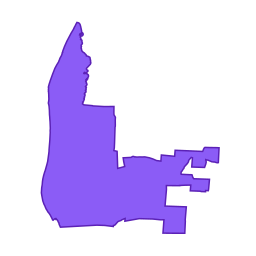 the district of Río Lagartos, Yucatán, Mexico, rotated 267°
{"feature_id": "50627088B51809073979104", "entity_name": "Río Lagartos", "entity_type": "district", "adm_level": 2, "iso_a3": "MEX", "parent_name": "Mexico", "parent_adm1": "Yucatán", "projection": "equal_earth", "projection_center": [-87.983, 21.517], "detail": "fine", "context": "isolated", "style": "filled", "palette": "violet", "viewbox_px": 256, "rotation_deg": 267, "n_neighbors": 0, "source": "geoboundaries", "source_scale": "gbopen_adm2", "svg_char_len": 5294}
<svg xmlns="http://www.w3.org/2000/svg" viewBox="0 0 256 256"><g transform="rotate(267 128 128)"><path d="M46.2,182.1L48.1,160.9L64.6,163.2L68.5,163.3L67.7,176.5L67.9,176.5L67.9,182.1L67.7,187.7L62.0,186.9L61.1,196.8L60.7,197.7L60.3,202.1L61.5,202.2L61.2,204.9L62.7,205.3L72.5,206.7L73.9,190.9L75.7,190.0L76.6,189.8L77.5,189.6L78.0,189.4L78.1,187.6L79.0,178.7L79.5,178.5L81.2,178.8L81.6,179.0L82.1,179.6L82.7,180.1L83.2,180.3L84.0,180.9L84.6,181.6L85.8,182.0L86.6,182.5L87.3,183.3L87.8,183.9L88.2,184.1L89.3,185.4L89.6,185.4L89.8,185.7L91.2,186.7L92.0,186.7L92.8,187.2L95.3,189.6L94.9,190.8L85.7,189.6L84.6,202.4L87.7,203.7L89.7,204.3L91.4,204.2L91.9,203.9L92.4,204.0L92.2,204.4L91.6,206.4L89.8,210.1L89.7,211.2L89.5,212.0L89.5,212.8L88.9,214.2L88.6,215.4L88.7,216.4L103.5,217.9L103.8,214.8L104.2,208.6L104.6,203.8L104.0,203.0L102.6,202.2L101.6,201.8L100.7,201.3L103.3,173.9L97.3,173.1L99.3,159.9L93.2,159.1L94.0,154.8L95.8,151.2L97.1,147.9L98.2,143.6L98.3,142.7L98.3,140.7L98.5,138.2L98.5,135.1L98.8,134.2L98.7,133.8L98.8,133.0L99.3,132.3L99.3,131.0L98.5,129.5L98.5,121.6L95.0,121.9L89.7,122.7L88.2,115.6L105.3,115.9L106.2,112.7L108.9,113.3L113.9,113.8L129.5,115.1L130.4,115.4L131.8,115.5L136.6,115.7L139.4,116.0L141.9,114.7L144.0,114.7L150.2,115.1L150.7,105.0L151.9,94.1L152.2,93.6L153.4,85.2L154.5,83.8L155.4,84.2L155.5,84.3L155.6,84.2L156.1,84.4L156.3,84.2L156.5,84.5L156.9,84.8L157.2,85.0L157.4,85.2L158.3,85.5L158.6,85.7L158.9,85.8L159.2,85.6L159.4,85.8L159.7,85.9L160.1,85.6L160.3,85.8L160.8,86.1L161.2,86.3L161.4,86.1L161.7,86.1L162.0,86.3L162.5,86.7L163.0,86.8L163.6,86.8L163.9,86.4L164.2,86.4L164.3,86.3L165.1,86.9L165.2,86.7L165.3,86.8L165.6,87.0L165.7,87.4L166.1,87.9L166.6,87.9L167.0,88.0L167.2,87.8L167.3,87.9L167.8,87.8L168.0,87.6L168.3,88.1L168.6,88.2L168.9,88.1L169.1,88.2L169.4,88.2L169.5,88.0L169.9,88.1L170.0,88.3L170.3,88.4L170.3,88.2L170.6,88.2L171.0,88.0L171.5,87.7L171.9,88.3L172.1,88.2L172.3,88.6L172.6,88.8L173.1,89.0L173.5,89.3L174.1,89.3L174.3,89.2L174.5,89.1L174.8,88.7L175.0,88.7L175.3,88.9L176.0,88.7L176.4,88.4L176.5,88.2L176.8,88.2L177.2,88.8L177.6,89.0L178.3,89.7L178.6,89.8L178.9,89.7L179.0,89.9L179.1,89.6L178.9,89.6L178.7,88.8L178.5,88.6L178.3,88.6L178.2,88.7L178.3,88.5L178.6,88.7L179.2,89.6L179.5,89.6L179.8,90.0L180.7,90.8L181.3,91.1L181.8,91.3L182.4,91.3L183.2,91.1L183.3,90.8L183.8,90.5L184.3,90.0L184.4,89.3L184.8,88.3L184.8,87.9L184.6,87.5L184.6,87.0L184.7,86.8L184.9,86.7L185.5,87.1L185.8,87.4L185.8,87.7L185.2,88.1L185.2,88.5L185.3,88.9L185.9,90.0L186.7,90.9L187.1,91.0L187.4,91.0L187.7,90.9L188.0,90.3L188.3,90.0L189.1,89.5L189.5,89.6L190.1,90.0L191.2,91.2L193.6,93.7L194.4,94.1L195.0,94.3L195.4,94.0L195.6,94.2L196.0,94.2L197.4,94.0L197.7,94.2L197.9,94.0L198.2,93.9L199.0,93.9L199.3,93.8L200.1,93.8L200.6,93.6L201.0,93.1L201.2,92.5L201.8,91.7L201.9,91.3L202.2,90.2L202.5,90.2L203.0,90.1L203.6,89.8L204.3,89.0L204.7,88.8L205.4,88.2L205.8,87.4L206.3,87.0L206.5,86.7L207.0,86.5L207.4,85.9L209.9,85.6L210.2,85.4L210.3,85.3L210.5,85.4L211.1,85.5L211.7,85.8L212.2,85.5L213.3,85.6L213.9,86.3L214.2,86.5L214.3,86.6L214.6,86.8L215.0,86.7L215.3,86.9L216.4,86.5L216.8,86.6L217.5,86.5L217.9,86.6L218.4,86.3L218.7,86.0L218.7,85.9L218.8,85.8L218.7,85.5L218.8,85.3L219.6,85.6L220.1,85.6L220.5,85.5L221.0,85.1L221.6,85.2L221.8,85.7L221.8,85.2L222.0,85.2L222.1,85.5L222.1,85.3L222.4,85.4L222.8,85.3L222.8,85.7L222.5,86.0L222.2,86.2L222.2,86.6L222.4,87.1L222.6,87.4L223.2,87.9L223.5,88.1L224.4,88.1L225.0,87.9L225.4,87.6L225.4,87.3L225.0,87.2L225.0,86.7L224.9,86.6L224.7,86.7L224.8,86.2L224.5,86.2L224.4,86.0L224.1,85.4L224.1,85.0L223.8,84.9L223.7,85.0L223.6,85.3L223.4,84.9L223.3,85.1L223.2,85.1L223.2,84.8L223.4,84.6L224.1,84.7L224.6,85.0L225.5,86.9L227.8,86.7L232.1,86.0L234.1,85.5L235.1,84.8L235.5,84.4L235.8,83.7L236.1,82.5L235.0,81.9L234.4,81.4L234.1,81.3L232.6,80.5L231.3,79.6L231.0,79.6L230.2,79.0L229.9,79.0L225.6,76.1L217.7,71.4L212.6,68.8L208.0,66.8L207.7,66.8L207.0,66.5L206.9,66.6L206.6,66.3L206.4,66.4L206.0,66.1L205.3,66.0L203.4,65.1L201.6,63.9L201.3,63.8L200.8,63.5L200.3,63.3L200.1,63.3L198.6,62.5L197.9,62.3L194.7,60.1L191.4,58.1L185.9,55.6L179.0,52.7L178.8,52.7L177.5,52.1L177.2,52.1L176.4,51.7L173.0,50.6L172.8,50.6L172.6,50.8L170.9,50.6L170.7,50.5L170.1,50.6L169.1,50.4L169.0,50.6L168.4,50.5L167.8,50.6L167.4,50.5L166.1,50.6L163.4,50.5L161.2,50.5L158.4,50.1L158.1,49.9L157.2,49.8L156.5,49.8L155.4,50.1L153.7,50.3L149.8,50.4L145.4,50.3L143.1,50.4L141.2,50.4L138.1,50.5L131.6,50.4L129.4,50.1L127.7,50.1L119.9,49.3L115.5,48.7L110.3,48.0L108.8,47.9L106.5,47.5L98.7,46.0L95.8,45.1L89.6,43.0L88.5,42.5L85.1,41.3L81.6,40.3L79.2,39.8L76.1,39.4L72.9,38.7L67.8,38.1L65.0,38.4L59.7,39.1L57.4,39.8L56.8,39.9L55.7,40.4L54.0,41.1L53.3,41.3L51.0,42.2L50.7,42.5L50.2,42.7L47.9,43.9L47.7,44.2L47.4,44.4L45.3,45.7L42.0,47.2L40.5,47.8L39.7,48.0L39.5,47.9L41.2,50.2L41.4,51.3L41.1,51.5L40.9,51.2L40.6,51.1L40.4,51.2L40.5,51.7L40.3,52.1L39.2,53.0L38.0,53.3L36.9,54.0L36.5,54.0L36.1,54.2L35.8,54.1L34.8,54.4L33.6,54.9L32.5,55.3L32.6,91.9L31.9,99.8L30.4,108.2L31.4,108.3L31.5,108.8L31.7,109.7L32.5,110.6L34.8,112.8L35.3,113.6L36.0,116.1L36.8,117.3L37.0,118.2L37.5,119.2L37.8,120.4L35.1,120.0L36.9,134.4L35.8,148.0L34.6,155.8L34.5,159.1L21.2,157.4L20.6,166.8L19.9,179.2L32.1,180.4L33.1,180.3L46.2,182.1Z" fill="#8b5cf6" stroke="#5b21b6" stroke-width="1.5"/></g></svg>